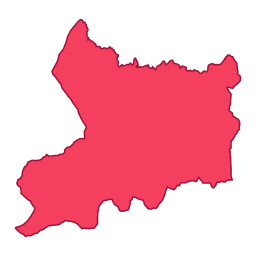 outline of Butere, Western, Kenya
{"feature_id": "3690345B46700738933790", "entity_name": "Butere", "entity_type": "district", "adm_level": 2, "iso_a3": "KEN", "parent_name": "Kenya", "parent_adm1": "Western", "projection": "robinson", "projection_center": [34.522, 0.227], "detail": "fine", "context": "isolated", "style": "filled", "palette": "rose", "viewbox_px": 256, "rotation_deg": 0, "n_neighbors": 0, "source": "geoboundaries", "source_scale": "gbopen_adm2", "svg_char_len": 5712}
<svg xmlns="http://www.w3.org/2000/svg" viewBox="0 0 256 256"><path d="M84.8,22.2L83.5,22.6L82.6,20.6L81.6,19.8L80.4,19.7L79.2,20.5L76.8,23.2L73.1,27.5L70.2,31.2L69.1,33.8L67.9,36.1L67.2,38.1L65.9,42.9L63.3,49.2L59.2,54.5L58.8,55.8L58.0,59.3L57.2,61.7L52.0,71.4L52.8,73.8L53.6,75.1L54.7,76.1L56.1,77.8L57.4,79.8L61.1,84.5L62.2,88.3L65.8,92.8L68.1,96.3L69.9,98.1L71.0,99.5L73.1,103.1L77.8,109.5L78.7,113.2L81.0,118.2L83.6,122.7L86.0,126.1L86.3,127.3L84.9,130.4L84.5,131.6L84.3,132.9L84.7,136.9L84.5,138.8L80.9,138.5L79.8,138.7L77.6,140.0L76.5,140.5L75.6,141.3L74.5,141.8L73.6,142.8L73.1,144.1L71.9,145.0L70.1,146.8L69.0,147.1L67.6,147.1L65.4,148.9L64.7,150.0L64.7,152.2L63.3,153.8L59.1,154.6L58.4,155.5L57.4,155.6L56.3,155.4L50.0,156.2L48.8,156.2L48.0,155.3L46.7,154.5L45.8,155.5L45.2,156.6L43.7,157.0L42.8,157.6L42.1,158.7L39.9,160.1L36.9,160.4L35.8,160.7L33.8,160.3L32.7,160.4L31.2,160.6L30.1,161.2L28.8,161.7L27.9,162.3L26.6,165.6L25.2,166.3L24.3,167.4L23.6,169.0L22.6,171.6L22.3,173.4L22.1,175.7L20.8,177.5L20.4,178.6L18.9,179.1L17.7,180.1L17.7,181.4L16.8,183.1L17.3,184.6L18.0,185.5L18.7,186.2L20.5,187.2L20.8,188.7L21.2,191.7L21.0,193.2L27.6,199.4L28.4,200.0L30.5,200.8L31.4,203.4L32.4,204.7L33.3,206.2L34.5,207.4L34.6,209.0L33.9,211.4L33.1,212.3L31.3,215.7L27.2,221.2L22.9,225.1L21.7,225.2L20.6,225.9L19.1,226.6L17.8,226.8L16.4,227.3L15.4,228.0L16.5,229.5L20.0,232.5L21.6,233.3L22.6,234.2L23.5,234.3L24.3,234.9L25.0,236.1L26.4,236.3L27.4,235.6L28.4,235.7L30.9,235.5L31.9,235.0L33.2,234.6L34.7,233.4L37.2,233.3L40.0,230.3L42.3,229.8L43.5,229.3L45.1,228.0L48.7,225.8L53.6,225.1L56.1,225.0L57.5,224.8L58.3,224.4L59.5,224.5L60.2,223.8L60.8,222.9L62.8,222.4L65.2,220.5L66.6,220.9L70.9,221.4L75.0,222.4L76.2,223.3L77.6,224.1L81.4,228.1L82.4,228.7L83.4,228.3L87.5,228.4L88.6,228.6L89.7,228.6L92.2,228.1L94.1,228.1L95.6,226.5L96.3,225.2L97.6,223.6L97.6,221.8L97.4,217.9L97.7,215.1L97.7,212.4L98.2,211.4L98.0,210.4L98.5,209.2L98.8,207.9L98.8,206.9L99.4,206.0L99.9,204.7L101.8,203.0L102.9,201.1L104.0,200.6L110.2,199.3L111.2,199.3L112.3,199.8L113.3,202.4L114.7,204.7L117.1,206.0L118.1,206.9L119.4,210.2L120.5,211.1L124.1,211.2L125.2,210.4L127.3,210.2L128.5,209.8L129.1,207.4L130.0,204.7L130.1,201.8L130.3,200.5L131.4,200.2L132.0,199.5L132.3,198.1L133.0,196.7L135.7,197.6L139.5,199.4L142.1,199.9L143.4,200.7L144.0,202.2L144.1,203.4L144.6,204.7L147.9,208.5L149.0,208.9L151.1,209.1L152.2,208.7L153.2,208.0L155.7,208.3L156.8,207.8L157.8,206.4L158.2,205.1L161.9,200.8L162.9,199.3L164.1,196.3L165.0,194.2L165.3,192.0L165.7,190.8L167.5,187.0L169.8,188.2L171.3,188.9L172.6,189.1L173.8,189.8L175.4,188.4L177.2,185.5L178.4,185.5L179.3,185.8L180.5,183.5L181.1,182.7L184.0,182.9L185.3,182.8L187.5,181.9L191.4,180.8L194.0,180.8L195.1,181.4L196.5,181.5L198.0,178.6L198.7,177.5L200.8,180.1L201.7,180.7L202.2,181.6L202.5,182.7L203.5,183.1L209.6,182.9L210.7,183.8L211.5,186.3L212.2,187.0L213.1,188.0L214.1,187.4L214.7,186.7L215.6,185.4L216.1,184.4L216.5,182.7L217.5,182.1L218.6,182.6L219.9,181.9L221.2,181.5L223.4,181.9L225.2,182.0L226.4,180.5L229.3,180.0L232.2,179.9L231.4,177.4L231.0,174.8L231.1,168.9L230.7,163.1L230.7,160.0L230.5,157.0L229.8,153.0L230.5,152.1L229.7,151.2L229.4,150.1L229.6,149.1L230.7,148.7L231.1,147.3L231.0,144.9L231.1,141.3L232.9,139.4L233.4,138.2L234.6,136.7L235.0,135.0L236.1,134.1L236.9,133.1L237.5,132.1L237.8,130.7L239.1,129.8L239.4,128.4L239.3,126.1L239.7,124.7L239.8,123.2L239.1,120.8L238.4,119.6L235.1,117.4L233.1,116.4L232.6,114.9L232.4,113.5L231.9,112.6L231.0,112.0L230.0,111.6L229.4,110.8L229.1,109.6L229.4,108.6L229.3,107.4L229.9,105.4L230.4,104.4L230.6,99.4L231.1,95.0L230.7,93.5L228.9,91.3L228.4,90.0L227.5,89.1L227.1,87.7L227.5,86.8L228.4,87.4L232.9,88.3L234.9,85.8L237.3,84.0L238.1,83.0L239.2,82.0L240.3,80.7L240.6,77.5L240.1,76.1L238.0,74.3L237.6,72.8L237.9,71.6L237.4,69.2L237.2,67.0L236.8,65.8L237.1,64.4L236.6,62.9L235.8,61.8L235.0,61.2L234.7,60.2L233.9,59.3L232.6,56.7L231.5,56.6L229.9,55.4L228.8,55.1L227.7,55.1L226.8,56.3L225.9,56.9L225.6,58.0L224.6,58.6L224.9,59.6L223.7,60.2L222.7,61.9L220.5,64.4L219.4,64.4L217.9,65.0L217.0,64.4L215.9,64.8L214.7,64.7L213.9,64.0L213.2,64.7L212.6,63.9L211.5,63.8L210.1,64.3L208.9,64.9L208.2,66.1L207.6,70.5L206.9,71.9L206.0,71.7L204.7,71.1L203.2,71.4L202.7,72.6L201.4,73.2L199.9,73.4L197.9,71.0L196.5,70.9L194.2,69.8L193.3,70.5L192.8,71.4L191.5,71.3L190.4,70.2L189.3,70.7L187.7,70.9L186.6,70.3L185.8,69.6L186.2,68.3L186.2,67.3L185.1,67.5L184.2,66.5L183.0,66.1L181.9,66.3L181.0,67.6L179.9,68.1L179.7,65.6L178.5,64.8L176.7,63.9L175.1,63.6L173.5,62.8L173.2,61.4L172.7,60.4L171.8,60.1L170.2,60.9L169.1,62.0L168.5,62.9L165.9,64.7L164.6,61.8L163.9,61.0L162.9,61.4L161.9,62.9L159.8,65.3L158.6,65.4L156.8,66.8L156.0,68.9L155.2,69.8L154.5,68.6L153.6,67.6L152.5,66.8L152.4,68.1L151.3,68.0L150.2,68.0L148.9,67.7L148.8,66.1L148.1,65.0L147.7,66.0L146.6,65.4L144.5,66.1L142.5,67.1L141.6,67.0L140.7,67.1L139.7,66.8L137.3,67.5L136.1,66.8L136.9,66.0L138.0,66.0L138.0,64.5L137.3,61.5L136.6,60.7L135.5,58.1L134.3,58.7L134.0,60.1L133.9,61.6L133.5,62.9L133.2,64.5L131.8,64.9L131.1,63.8L130.2,63.1L129.2,64.3L128.2,64.9L127.1,64.4L125.2,65.5L123.7,66.0L122.8,65.9L122.6,64.8L121.6,65.0L120.6,65.8L119.7,67.1L118.3,66.3L118.0,64.8L118.0,63.7L118.4,62.4L118.2,61.3L117.2,60.5L117.1,59.0L117.4,56.7L118.3,56.2L118.4,55.2L117.3,54.5L116.1,54.4L115.4,52.5L114.3,51.5L113.8,49.7L112.5,49.6L111.9,48.1L110.8,48.4L109.9,46.9L108.8,47.5L107.9,48.8L104.0,47.8L102.9,48.8L101.8,48.4L100.7,48.3L99.9,46.7L98.3,46.4L97.2,46.6L96.2,46.6L95.7,44.1L93.9,43.0L92.3,41.2L91.3,41.3L90.5,40.4L89.4,39.5L87.8,39.7L88.6,37.9L87.2,36.7L86.8,35.1L87.2,34.1L86.6,33.0L87.9,30.3L87.8,29.1L87.3,27.8L86.2,26.3L86.3,24.8L85.4,23.6L84.8,22.2Z" fill="#f43f5e" stroke="#9f1239" stroke-width="1.5"/></svg>